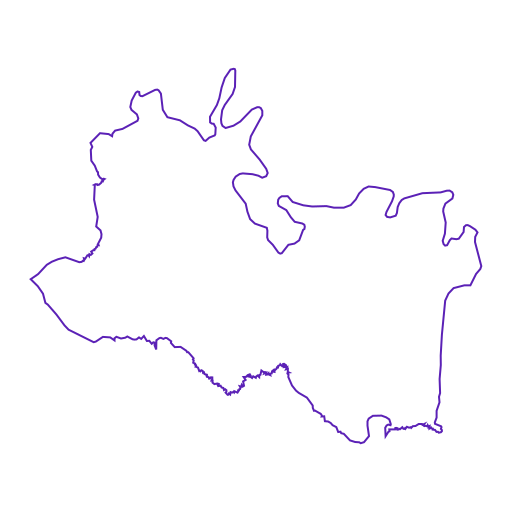 the district of Kham Ta Kla, Sakon Nakhon, Thailand
{"feature_id": "78962969B89858575119676", "entity_name": "Kham Ta Kla", "entity_type": "district", "adm_level": 2, "iso_a3": "THA", "parent_name": "Thailand", "parent_adm1": "Sakon Nakhon", "projection": "orthographic", "projection_center": [103.783, 17.84], "detail": "fine", "context": "isolated", "style": "outline", "palette": "violet", "viewbox_px": 512, "rotation_deg": 0, "n_neighbors": 0, "source": "geoboundaries", "source_scale": "gbopen_adm2", "svg_char_len": 6052}
<svg xmlns="http://www.w3.org/2000/svg" viewBox="0 0 512 512"><path d="M470.4,285.3L476.1,273.9L480.3,269.0L481.3,266.1L475.0,242.0L475.2,236.9L477.5,232.4L475.4,229.7L469.9,226.1L467.7,225.1L466.0,225.2L464.0,227.0L463.6,232.0L458.8,238.7L456.4,239.2L451.5,238.5L449.8,240.2L447.1,245.2L445.1,245.6L443.6,244.1L442.7,240.8L444.9,233.7L445.7,222.5L443.2,211.5L443.4,208.6L445.4,203.6L452.4,198.5L453.3,194.8L452.3,192.3L449.6,190.6L446.8,190.7L440.6,192.4L422.4,193.2L404.3,198.4L401.7,200.0L399.3,203.2L397.7,207.0L396.9,213.0L395.7,215.7L390.2,217.4L387.1,216.9L385.6,215.0L386.5,211.9L392.0,201.3L393.7,196.5L393.8,194.6L392.9,192.0L390.1,190.0L375.2,187.1L368.6,186.5L363.7,188.8L359.1,193.5L355.8,199.5L350.7,205.1L343.7,207.7L334.1,207.7L326.4,206.1L312.2,206.5L303.3,205.3L292.7,202.0L287.7,196.2L281.7,196.3L279.4,197.9L278.2,199.7L277.8,203.4L278.8,205.9L286.3,210.1L290.8,217.2L294.7,221.8L302.3,223.5L304.3,224.7L304.8,226.7L304.4,229.0L303.1,229.9L299.2,240.3L294.5,243.6L288.4,244.8L281.8,253.2L280.2,253.6L278.4,252.6L272.8,244.8L268.1,240.1L267.2,237.4L267.4,230.7L266.8,227.8L254.9,223.6L250.1,219.1L247.4,211.6L245.7,203.7L235.5,190.4L233.5,186.4L232.9,182.3L233.6,179.8L235.7,176.6L239.7,174.0L242.8,173.4L252.5,174.2L258.4,175.7L262.2,177.7L266.2,176.2L267.7,173.0L266.2,168.8L259.6,159.5L250.9,149.4L249.2,144.7L250.8,136.4L262.3,115.3L262.3,110.9L260.8,108.1L259.1,107.2L257.2,107.2L251.8,109.6L240.3,121.5L233.5,125.7L225.6,128.0L222.5,125.9L221.4,123.3L221.0,119.4L222.2,110.2L224.8,104.9L232.6,94.0L235.0,87.0L235.3,70.6L234.8,69.1L233.6,68.8L230.5,69.6L224.8,78.0L221.6,87.5L219.3,98.3L216.9,105.0L210.0,116.8L210.1,122.4L211.8,123.6L213.7,123.8L215.7,127.6L215.3,134.3L214.7,135.4L209.3,137.6L205.6,140.9L203.9,140.3L197.6,131.2L194.7,128.6L187.9,125.4L179.9,120.3L167.4,117.2L162.8,109.8L160.9,93.6L158.6,90.3L157.3,89.6L155.1,89.9L142.4,96.2L140.7,96.0L139.5,95.0L139.2,92.0L137.5,91.5L135.8,92.7L131.7,100.5L130.3,107.0L131.5,109.9L136.9,114.4L138.3,118.4L137.5,120.8L122.5,128.9L115.1,130.6L112.5,133.7L112.1,136.2L108.7,134.1L100.0,133.2L90.5,142.9L92.3,146.9L90.8,149.9L91.3,160.7L94.8,165.7L97.1,171.5L98.0,172.2L98.1,174.6L99.9,177.5L102.4,179.3L103.7,178.7L104.5,179.0L103.6,179.6L102.8,181.5L101.7,181.3L101.2,182.8L99.0,184.7L97.5,185.0L97.3,184.3L95.5,184.2L94.2,184.9L94.8,185.1L94.1,199.7L97.7,216.9L96.2,226.5L100.5,230.4L101.5,234.2L101.2,237.7L98.1,243.7L98.6,245.1L97.6,244.9L97.2,246.8L96.3,247.0L95.6,248.6L94.5,249.1L94.4,250.2L93.3,250.2L91.2,251.6L92.4,253.5L90.8,254.9L89.4,254.2L89.1,256.1L88.4,255.1L87.4,255.3L85.2,258.7L83.9,258.3L84.3,259.9L83.7,261.0L83.0,260.7L81.6,261.9L79.3,262.2L65.4,257.3L58.1,259.2L51.9,261.7L46.8,264.8L38.1,274.1L30.7,279.2L37.8,286.2L43.0,293.7L45.4,302.9L47.8,304.6L56.4,314.5L64.5,325.4L68.6,329.7L93.7,342.2L95.8,341.6L102.9,336.9L110.2,337.4L114.5,340.4L114.5,338.3L116.4,336.8L121.0,338.5L125.3,337.7L127.3,336.5L132.6,339.3L134.5,339.6L136.5,339.4L139.0,337.4L141.2,338.9L143.9,336.0L146.9,341.0L149.3,340.8L151.7,343.8L153.3,342.3L154.6,342.6L154.6,345.4L156.2,349.5L156.4,340.3L159.4,338.1L160.9,337.8L163.4,338.9L165.4,337.9L166.9,338.1L171.2,341.3L170.9,342.9L174.7,347.1L180.6,346.9L186.4,350.8L187.1,352.2L188.3,352.2L193.6,358.3L192.9,359.5L193.7,360.4L193.2,362.7L195.1,363.6L194.9,364.6L195.9,365.1L195.7,366.3L196.2,366.1L196.3,366.9L198.0,367.6L199.2,371.0L199.9,370.6L200.4,371.3L201.6,370.3L202.8,371.1L203.1,372.8L204.0,372.4L204.5,374.1L206.8,374.7L206.5,375.7L207.1,376.0L207.0,376.8L208.7,377.2L209.1,378.6L210.0,378.5L210.9,377.3L212.3,377.4L212.3,378.9L211.5,380.6L212.6,380.6L212.5,382.6L214.4,384.1L217.3,383.5L218.8,383.9L218.8,384.5L217.7,385.0L218.2,386.1L220.6,385.7L221.6,387.5L223.3,387.9L224.0,390.0L225.1,389.2L226.4,390.2L226.4,391.8L225.6,392.6L227.6,394.8L228.4,394.7L229.0,393.4L230.2,394.4L230.6,392.1L232.1,392.6L233.3,391.9L234.0,392.5L234.3,391.2L237.5,392.6L238.3,391.3L238.1,390.4L239.0,390.3L239.3,389.2L240.1,389.0L240.5,387.7L239.8,386.3L241.1,386.7L241.7,384.9L242.7,386.6L244.0,385.8L243.1,381.4L245.6,379.9L243.6,377.0L246.0,376.9L246.7,376.1L248.9,376.6L248.0,375.0L249.8,374.3L250.7,375.8L250.0,376.4L252.1,378.0L253.2,376.3L255.8,377.8L256.1,376.6L257.5,375.5L259.2,377.1L259.3,375.0L260.4,374.8L261.4,370.5L263.4,372.0L264.8,372.1L264.2,373.5L266.4,372.6L266.1,374.7L267.4,374.5L268.4,373.4L268.5,374.4L270.2,375.1L269.7,373.8L271.7,373.4L272.1,371.2L273.5,370.1L273.4,371.7L274.5,371.9L274.4,370.7L276.7,368.5L276.9,367.4L278.0,367.5L278.2,365.8L279.8,365.3L280.3,364.2L282.4,366.4L284.7,366.4L284.8,365.8L283.1,364.9L283.1,364.0L284.0,363.8L286.0,365.2L286.1,366.0L285.1,367.0L287.1,366.8L286.0,369.3L287.9,368.7L287.8,371.9L289.0,372.5L287.6,372.7L287.4,373.5L288.5,374.7L288.3,377.0L292.0,385.5L296.0,390.6L298.8,392.9L306.9,397.6L312.7,405.5L312.8,407.9L314.0,410.8L315.0,410.6L320.8,413.9L322.0,415.8L321.7,416.5L324.2,416.3L324.9,421.2L328.1,421.5L330.7,423.0L332.6,425.2L336.3,427.1L338.2,432.0L340.5,431.7L341.2,433.2L343.8,433.8L350.0,440.4L355.1,442.0L359.3,442.3L360.7,443.2L364.0,442.2L369.0,436.1L367.5,425.7L367.5,421.3L368.7,418.6L372.9,415.8L381.5,415.6L386.1,417.3L389.3,419.4L390.8,424.2L390.5,425.2L388.2,424.6L386.6,425.5L385.2,427.8L385.6,436.2L388.4,431.8L389.5,431.3L389.3,429.4L395.0,429.4L395.3,428.0L396.4,427.9L397.4,428.2L397.1,429.5L397.9,429.7L399.5,428.9L400.0,429.2L402.3,427.2L403.4,428.8L404.4,428.9L405.0,428.2L405.4,428.8L406.9,426.8L409.1,427.7L410.7,427.2L411.2,427.9L412.8,426.2L415.5,426.0L418.7,424.0L422.0,424.0L422.4,424.8L424.4,423.9L423.4,425.3L424.3,426.1L425.8,425.8L427.3,426.4L427.7,425.3L428.2,426.4L429.4,426.0L428.8,427.6L429.9,427.5L429.7,428.4L431.0,427.6L431.2,428.3L432.8,428.6L432.7,429.6L435.0,429.9L436.5,431.9L438.0,431.8L438.8,432.7L441.0,432.2L441.9,431.2L441.9,430.1L440.9,428.9L441.5,427.1L441.1,426.3L435.0,423.8L434.8,422.4L436.6,417.6L436.6,410.8L439.5,402.3L439.0,396.8L440.1,393.1L439.6,379.0L440.8,365.1L440.7,355.6L441.9,334.7L445.2,300.6L448.5,293.5L453.6,288.1L464.5,285.3L470.4,285.3Z" fill="none" stroke="#5b21b6" stroke-width="2"/></svg>